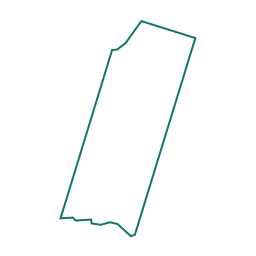 Franklin, Texas, United States of America (Albers equal-area conic projection), rotated 197°
{"feature_id": "52423323B17137134235452", "entity_name": "Franklin", "entity_type": "district", "adm_level": 2, "iso_a3": "USA", "parent_name": "United States of America", "parent_adm1": "Texas", "projection": "albers", "projection_center": [-95.207, 33.176], "detail": "fine", "context": "isolated", "style": "outline", "palette": "teal", "viewbox_px": 256, "rotation_deg": 197, "n_neighbors": 0, "source": "geoboundaries", "source_scale": "gbopen_adm2", "svg_char_len": 366}
<svg xmlns="http://www.w3.org/2000/svg" viewBox="0 0 256 256"><g transform="rotate(197 128 128)"><path d="M166.1,21.9L154.5,26.2L151.0,24.2L136.5,29.6L134.8,26.1L125.7,27.5L117.7,32.6L110.0,33.1L93.7,25.4L91.0,27.5L90.2,28.0L89.9,233.7L122.3,233.9L146.5,234.1L155.1,208.5L161.4,199.8L166.0,198.0L166.1,21.9Z" fill="none" stroke="#0f766e" stroke-width="2"/></g></svg>